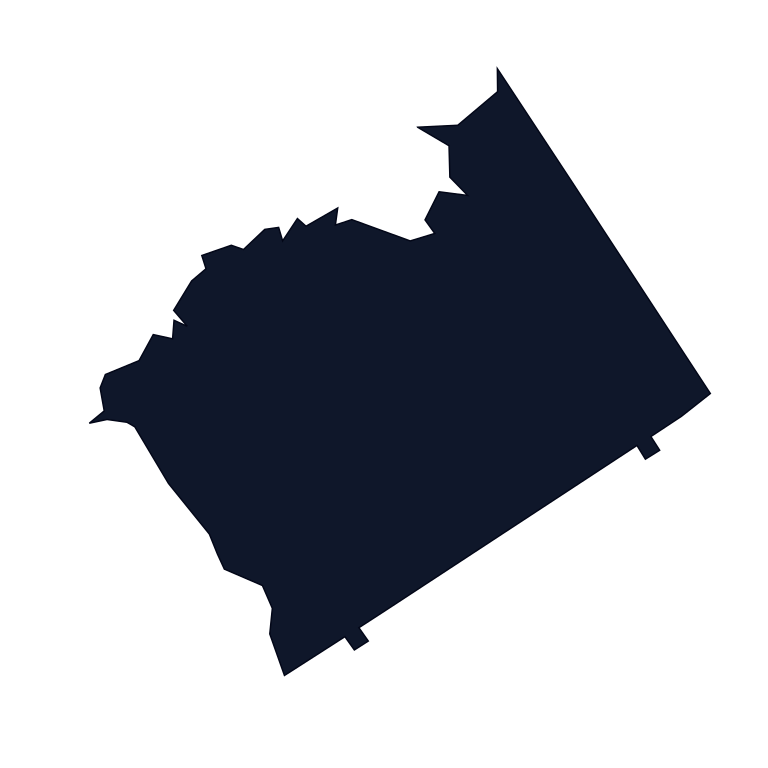 the district of Elmore, Alabama, United States of America, rotated 147°
{"feature_id": "52423323B53549191673570", "entity_name": "Elmore", "entity_type": "district", "adm_level": 2, "iso_a3": "USA", "parent_name": "United States of America", "parent_adm1": "Alabama", "projection": "robinson", "projection_center": [-86.109, 32.588], "detail": "fine", "context": "isolated", "style": "filled", "palette": "ink", "viewbox_px": 768, "rotation_deg": 147, "n_neighbors": 0, "source": "geoboundaries", "source_scale": "gbopen_adm2", "svg_char_len": 915}
<svg xmlns="http://www.w3.org/2000/svg" viewBox="0 0 768 768"><g transform="rotate(147 384 384)"><path d="M504.3,193.3L205.3,194.7L205.7,178.6L188.9,178.3L188.8,194.6L152.2,194.9L115.5,198.3L115.7,247.5L116.2,393.5L116.3,451.2L117.2,586.7L129.5,567.3L181.2,560.8L215.9,581.0L215.9,580.9L199.7,548.4L216.1,521.6L211.1,496.5L233.1,515.2L260.2,499.3L259.4,482.6L284.1,489.7L321.5,539.4L338.2,543.8L327.0,556.8L363.5,558.8L366.5,569.9L391.1,559.2L387.1,572.7L399.8,578.6L428.6,573.3L436.5,583.5L466.8,591.0L470.5,577.6L489.2,575.2L520.3,560.3L517.5,539.3L525.4,551.8L536.7,537.0L550.6,551.1L576.7,537.0L612.5,543.7L624.2,535.3L633.3,513.8L652.5,511.6L635.6,505.1L620.4,491.9L616.3,483.8L618.9,417.9L612.2,353.2L616.3,332.1L618.7,315.7L595.7,281.2L599.8,256.7L615.9,236.6L626.2,193.8L611.3,193.7L554.4,193.4L553.7,177.1L537.2,177.0L537.8,193.3L504.3,193.3Z" fill="#0f172a" stroke="#020617" stroke-width="1.5"/></g></svg>